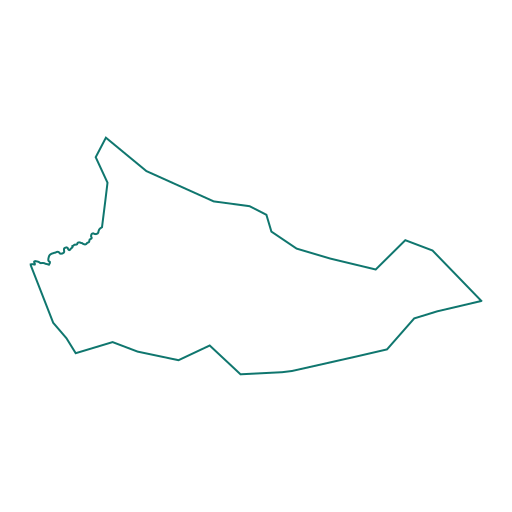 Xujirt, Övörhangay, Mongolia (Natural Earth projection)
{"feature_id": "93677404B44438011244010", "entity_name": "Xujirt", "entity_type": "district", "adm_level": 2, "iso_a3": "MNG", "parent_name": "Mongolia", "parent_adm1": "Övörhangay", "projection": "natural_earth1", "projection_center": [102.533, 46.906], "detail": "fine", "context": "isolated", "style": "outline", "palette": "teal", "viewbox_px": 512, "rotation_deg": 0, "n_neighbors": 0, "source": "geoboundaries", "source_scale": "gbopen_adm2", "svg_char_len": 1861}
<svg xmlns="http://www.w3.org/2000/svg" viewBox="0 0 512 512"><path d="M75.7,353.2L112.6,342.1L137.6,351.6L178.5,360.2L209.7,345.5L240.5,374.3L282.2,372.2L291.9,371.0L356.8,356.4L387.0,349.4L414.2,318.4L437.3,311.3L481.2,301.0L481.3,300.9L432.5,250.5L405.3,240.2L375.7,269.5L330.8,258.7L330.7,258.7L296.6,248.6L271.4,231.6L266.4,214.8L249.6,206.2L213.7,201.4L146.4,171.1L105.9,137.7L95.7,157.2L107.5,182.7L105.3,200.9L102.0,227.2L100.2,228.4L99.2,229.5L98.5,231.3L98.3,232.5L97.7,233.4L96.8,233.8L95.9,234.1L94.8,234.0L94.3,233.9L93.5,233.4L92.8,233.4L92.1,233.7L91.7,234.0L91.3,234.8L91.1,235.7L91.1,236.5L91.5,237.3L91.7,237.9L91.4,238.5L90.8,238.9L90.3,239.2L89.7,239.5L89.5,240.0L89.2,241.5L88.9,242.1L88.4,242.4L87.2,242.9L86.3,244.0L85.4,244.4L84.6,244.4L83.7,244.1L83.1,243.9L82.5,243.4L82.1,243.1L81.8,243.1L81.2,243.0L80.6,242.8L80.1,242.5L79.4,242.4L78.4,242.5L77.9,242.7L77.5,243.1L77.3,243.7L77.1,244.2L76.6,244.5L76.1,244.6L75.3,244.7L74.6,244.7L74.1,245.0L73.2,245.7L73.0,245.9L72.7,246.0L72.4,246.0L72.3,246.5L72.5,246.9L72.5,247.1L72.0,247.7L71.2,248.4L70.6,248.9L70.1,249.7L69.5,250.0L69.3,250.1L68.8,249.9L68.4,249.5L68.0,248.9L67.8,248.2L67.4,247.8L66.6,247.4L65.7,247.6L64.9,247.9L64.2,248.4L64.0,249.0L64.0,250.1L64.2,251.4L64.1,252.0L63.7,252.7L62.4,253.5L61.3,253.7L60.3,253.7L59.8,253.3L59.1,252.5L58.6,252.0L58.0,251.9L57.5,251.8L57.0,251.9L56.4,252.1L56.0,252.3L55.5,252.6L54.3,252.8L52.9,253.3L51.6,253.7L50.6,254.3L49.8,254.9L49.1,256.0L48.7,257.3L48.4,258.6L48.3,259.8L48.4,260.6L48.8,261.2L49.8,261.8L49.9,262.6L49.7,263.4L49.3,264.0L48.9,264.7L47.1,264.1L45.6,263.8L44.0,263.1L42.7,263.0L40.4,263.1L39.0,262.1L38.1,261.7L36.7,261.4L35.3,261.1L34.4,261.4L34.1,261.9L34.9,264.0L34.7,264.5L34.0,264.5L32.8,264.2L31.8,264.2L30.7,264.4L30.8,265.4L53.2,322.8L66.5,338.3L75.7,353.2Z" fill="none" stroke="#0f766e" stroke-width="2"/></svg>